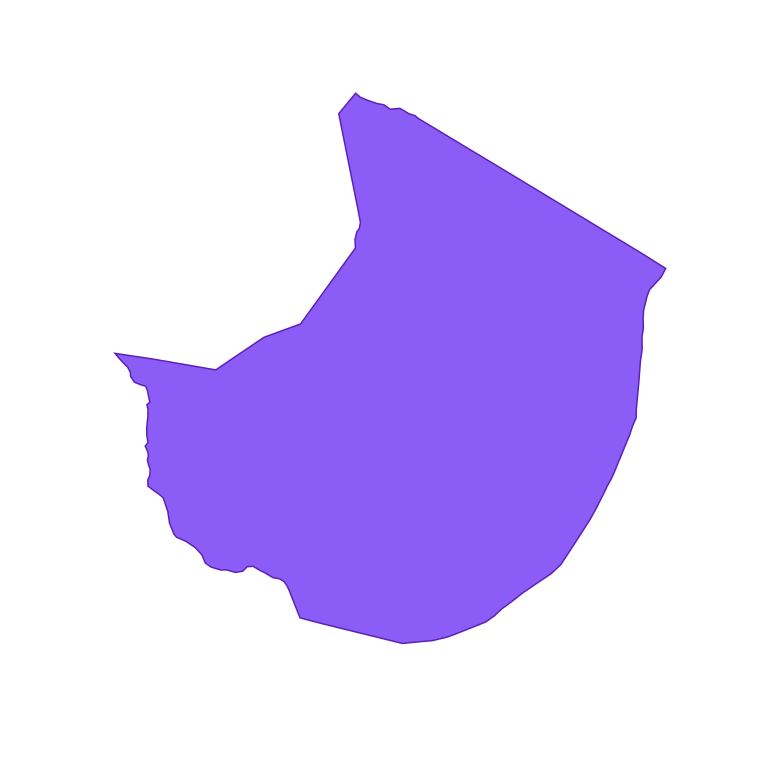 outline of Araripe, Ceará, Brazil, rotated 301°
{"feature_id": "56859067B60365327714715", "entity_name": "Araripe", "entity_type": "district", "adm_level": 2, "iso_a3": "BRA", "parent_name": "Brazil", "parent_adm1": "Ceará", "projection": "robinson", "projection_center": [-40.113, -7.215], "detail": "fine", "context": "isolated", "style": "filled", "palette": "violet", "viewbox_px": 768, "rotation_deg": 301, "n_neighbors": 0, "source": "geoboundaries", "source_scale": "gbopen_adm2", "svg_char_len": 1707}
<svg xmlns="http://www.w3.org/2000/svg" viewBox="0 0 768 768"><g transform="rotate(301 384 384)"><path d="M618.6,209.9L592.4,206.0L531.6,261.4L517.1,274.6L510.3,280.6L504.7,282.7L500.2,282.4L492.9,284.7L485.8,289.5L471.2,288.2L435.1,285.2L392.5,281.5L376.5,268.6L362.3,257.1L354.4,253.4L331.9,242.9L309.4,232.5L298.0,203.0L286.1,172.4L271.7,137.6L269.9,142.9L268.0,149.0L266.4,155.6L263.6,160.2L259.9,163.1L257.0,169.1L258.0,175.6L259.3,180.9L256.7,184.4L247.8,192.6L244.1,191.5L240.7,194.7L235.1,198.1L229.4,200.7L223.8,203.4L217.7,207.2L212.2,211.9L207.8,211.3L204.6,215.9L201.1,219.1L196.8,220.4L193.4,223.9L190.3,227.6L185.3,230.2L180.0,231.0L174.9,234.3L174.1,241.2L173.7,247.6L172.7,253.4L166.4,260.8L163.2,264.5L154.3,271.8L149.6,278.0L147.1,281.3L145.8,285.2L147.1,294.8L146.6,306.4L143.7,316.1L138.5,323.0L138.0,330.0L140.5,339.9L143.5,344.6L146.0,353.7L150.7,359.3L156.9,360.9L160.3,365.6L160.3,373.1L160.8,379.1L160.8,388.5L163.2,394.8L163.2,400.1L161.0,404.9L158.1,409.2L154.3,414.1L140.3,432.5L147.1,455.8L171.1,533.4L184.9,552.0L188.8,557.5L199.9,568.8L208.7,575.7L232.3,593.7L242.7,598.2L252.0,600.8L264.2,605.9L276.2,610.4L282.2,613.2L290.3,616.9L307.6,625.0L320.3,628.6L343.2,629.5L372.5,630.4L386.6,630.0L407.5,628.4L411.6,627.9L419.5,627.7L427.2,626.8L466.8,620.8L473.8,619.2L477.7,618.5L484.8,617.6L492.5,613.2L516.8,601.5L535.7,592.0L546.6,587.5L557.8,580.6L565.3,577.7L574.2,572.0L581.1,568.5L595.1,564.2L601.6,563.0L609.2,564.6L618.2,566.5L628.1,566.0L628.7,538.1L629.2,381.2L629.2,328.3L629.3,276.7L630.0,272.3L628.5,266.1L628.5,255.7L625.5,251.6L622.7,247.7L623.3,240.1L620.9,233.8L618.8,224.2L617.6,216.1L618.6,209.9Z" fill="#8b5cf6" stroke="#5b21b6" stroke-width="1.5"/></g></svg>